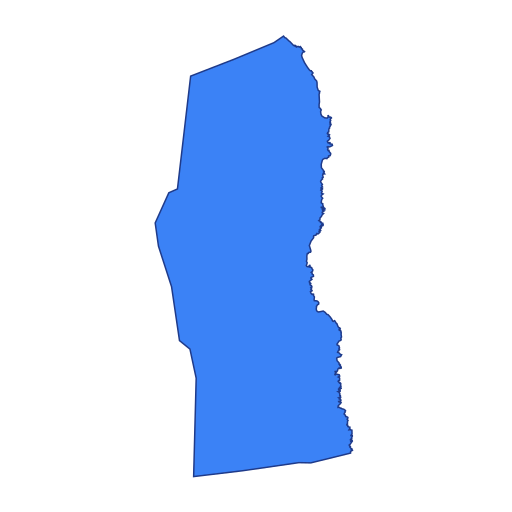 Hamahamet-Mboinkou, Andjazîdja, Comoros, rotated 351°
{"feature_id": "10938185B70444296254874", "entity_name": "Hamahamet-Mboinkou", "entity_type": "district", "adm_level": 2, "iso_a3": "COM", "parent_name": "Comoros", "parent_adm1": "Andjazîdja", "projection": "orthographic", "projection_center": [43.406, -11.482], "detail": "fine", "context": "isolated", "style": "filled", "palette": "blue", "viewbox_px": 512, "rotation_deg": 351, "n_neighbors": 0, "source": "geoboundaries", "source_scale": "gbopen_adm2", "svg_char_len": 6124}
<svg xmlns="http://www.w3.org/2000/svg" viewBox="0 0 512 512"><g transform="rotate(351 256 256)"><path d="M319.2,465.4L318.6,465.3L318.9,463.7L320.7,463.1L320.0,462.2L320.7,461.8L320.3,461.2L319.8,461.0L318.8,459.3L319.4,458.8L318.5,457.8L318.6,457.1L319.4,456.8L322.2,453.9L322.2,453.7L320.9,453.7L321.4,453.0L320.5,452.3L321.0,451.8L321.8,452.0L322.1,451.6L321.8,450.9L323.0,448.9L323.0,448.5L321.7,448.3L321.7,448.0L323.0,446.8L323.5,443.0L322.2,442.5L322.1,442.2L320.7,442.2L321.9,440.6L321.9,439.7L321.2,439.7L320.6,438.9L320.0,438.8L320.1,437.4L319.3,437.1L319.4,436.5L320.1,435.9L320.5,433.7L321.2,432.7L320.5,431.8L320.5,431.4L321.4,430.4L321.5,429.8L320.5,428.9L319.8,428.9L319.4,428.4L319.4,427.3L318.3,425.9L318.6,425.2L319.5,424.4L319.5,423.7L320.2,423.0L320.2,422.6L318.8,421.1L316.9,420.3L316.3,419.6L315.5,419.5L314.7,418.5L313.3,418.4L313.7,416.9L315.4,415.5L316.3,415.1L317.1,414.0L315.0,413.0L314.9,412.6L316.7,412.6L317.2,412.2L316.9,411.7L317.2,411.2L316.0,410.3L316.7,409.8L315.6,409.0L316.9,408.8L316.5,408.5L317.5,407.9L317.5,407.0L316.9,406.7L317.3,404.7L316.9,404.4L316.9,403.8L315.8,402.8L318.0,402.7L318.1,401.5L316.7,401.1L316.7,400.3L317.3,399.9L318.7,400.2L319.4,400.1L319.5,399.8L319.2,399.4L317.8,399.5L317.8,399.1L319.6,397.9L319.3,397.3L319.8,395.2L319.5,394.7L318.9,394.7L319.1,394.2L318.7,393.8L318.2,393.9L317.5,392.6L318.0,392.0L319.1,391.9L319.5,389.8L319.3,389.1L318.3,388.4L319.9,387.7L319.6,386.3L316.6,385.1L316.3,385.1L315.9,385.7L315.4,385.5L316.1,384.2L317.1,383.4L316.0,382.7L316.1,382.4L318.0,382.6L318.5,382.2L319.1,380.7L320.0,379.8L320.4,379.7L320.8,380.1L321.5,379.5L322.1,380.2L322.7,380.0L322.8,379.0L321.7,377.3L322.3,376.9L321.8,376.0L321.2,375.9L321.3,374.6L319.7,372.1L319.7,369.5L320.6,368.9L323.8,368.6L325.1,366.9L324.0,366.4L323.0,364.8L321.5,363.9L322.1,362.8L323.0,362.6L323.1,361.9L323.9,361.6L323.9,361.1L323.5,360.9L323.5,360.3L324.1,359.7L323.8,357.6L323.3,357.1L322.3,356.7L322.2,355.7L324.7,353.0L326.5,352.6L327.0,352.1L327.0,350.2L327.8,349.4L327.8,346.7L328.2,345.1L327.9,344.4L328.2,343.7L327.6,342.2L326.8,342.5L326.5,342.0L326.6,341.5L327.8,340.8L327.4,340.0L326.9,340.0L326.0,338.7L325.3,335.4L324.8,335.1L323.7,332.4L323.4,332.1L322.0,332.7L321.4,332.0L321.1,330.6L319.8,327.9L318.0,325.2L316.7,324.6L315.6,322.6L313.8,320.9L309.1,321.1L308.0,320.5L307.3,319.4L307.2,317.8L307.8,315.8L307.8,315.1L308.3,314.8L309.0,313.8L310.3,313.4L310.7,312.1L310.2,310.9L309.2,309.9L306.6,309.2L306.6,307.9L307.3,305.6L306.6,303.9L306.9,302.8L306.3,302.4L305.4,302.7L304.5,301.5L304.2,299.7L305.9,299.2L306.0,299.0L305.4,297.8L305.0,297.8L305.0,297.5L305.9,296.4L305.3,295.8L306.4,295.2L306.1,293.8L305.5,293.7L304.9,292.9L304.9,292.4L305.8,291.6L305.3,291.0L305.0,291.2L304.7,291.0L304.7,289.4L307.6,287.8L306.7,286.3L307.0,285.8L309.6,285.1L309.7,283.6L308.6,282.6L308.8,281.5L308.0,280.8L309.6,279.7L310.0,278.6L309.3,277.3L309.2,276.3L308.8,275.9L307.2,275.3L307.2,274.8L307.8,274.5L307.8,273.7L307.3,273.6L306.2,274.8L305.7,274.8L304.6,274.3L304.2,273.4L305.5,270.7L305.0,269.1L305.8,267.1L306.2,264.0L306.9,261.9L307.2,261.5L308.0,261.7L308.8,260.7L310.4,260.8L310.9,260.2L311.0,259.1L310.3,254.0L311.9,251.3L312.7,249.9L315.8,246.9L315.9,245.5L316.2,245.0L318.5,244.8L319.0,244.0L319.5,244.0L319.7,243.3L321.1,243.8L323.0,242.3L322.1,241.7L322.3,241.3L323.9,240.7L323.7,240.4L322.7,240.6L322.7,239.9L325.0,238.4L325.0,237.8L324.7,237.5L324.0,237.5L324.0,236.9L324.8,236.8L324.9,236.1L325.2,235.9L325.5,236.8L327.0,236.4L327.3,235.5L327.2,235.1L326.3,235.2L326.1,234.9L326.9,234.1L326.2,233.8L326.0,233.3L325.2,233.2L324.9,232.8L325.3,232.2L323.6,230.9L324.8,230.1L325.2,228.4L326.8,227.2L327.5,226.0L329.3,224.6L328.4,224.2L328.1,223.6L328.3,223.0L330.4,222.1L329.8,221.8L330.0,221.3L329.7,220.9L328.9,221.1L328.8,220.2L329.4,220.0L330.8,220.6L331.6,220.3L331.2,219.4L329.1,219.0L328.0,218.4L328.1,218.0L330.3,218.2L329.9,215.7L330.2,215.0L328.7,213.6L329.7,210.5L330.9,209.4L329.8,207.6L329.7,207.1L330.1,206.3L332.0,205.2L330.5,204.3L330.5,203.8L331.4,202.7L331.4,202.2L330.3,201.1L330.7,200.7L331.6,200.6L332.2,200.2L332.2,199.9L330.9,199.4L330.9,198.8L332.5,198.2L331.8,196.6L332.8,195.7L331.6,193.4L331.5,192.3L332.6,191.1L333.8,190.3L333.6,189.2L334.7,188.7L334.4,186.9L334.9,185.6L336.6,185.6L336.3,185.2L335.5,185.0L336.3,184.3L336.6,183.4L335.9,183.3L336.2,182.4L334.4,179.0L334.8,175.6L336.5,171.8L337.2,171.0L339.2,170.3L341.3,170.9L341.9,170.1L343.3,169.7L343.4,168.5L344.9,168.5L345.7,167.1L345.8,166.3L344.6,164.3L344.6,163.2L343.8,163.2L343.4,162.1L343.9,161.5L343.9,160.4L343.4,159.5L344.2,159.2L345.2,159.7L346.4,159.6L348.8,158.8L348.7,157.5L346.5,156.8L346.3,156.4L346.9,155.8L346.7,155.5L345.4,155.4L345.2,155.7L344.8,155.5L344.4,154.0L344.5,153.7L345.9,153.0L347.5,151.4L347.1,149.4L346.4,149.4L345.8,149.0L347.6,147.8L347.1,147.2L345.9,146.8L345.7,146.4L346.2,146.2L346.0,145.6L346.1,145.2L347.3,144.8L347.8,142.0L348.7,141.2L348.7,140.3L349.6,139.4L349.7,138.8L350.7,138.1L350.5,137.3L349.8,137.1L350.3,136.5L349.9,135.9L350.5,135.4L350.2,134.7L351.0,133.7L350.6,133.1L351.1,132.0L352.1,131.5L352.1,131.1L351.2,130.4L350.3,130.4L349.9,130.0L349.5,128.7L349.1,128.7L348.9,130.1L348.0,130.9L345.5,130.3L342.9,128.0L342.3,125.9L342.4,123.4L343.3,121.9L342.8,121.3L342.8,120.5L341.6,119.2L342.0,116.3L342.8,113.8L343.6,106.1L344.1,105.4L344.0,104.8L344.8,103.7L344.8,103.2L343.6,102.5L343.3,101.8L342.8,98.7L343.4,94.4L343.3,92.7L341.6,90.1L341.2,88.2L339.4,85.5L340.9,84.2L340.9,83.9L340.3,83.4L340.3,82.8L339.6,82.2L339.6,81.7L338.6,81.5L337.8,80.5L336.3,77.6L334.2,72.7L332.6,67.1L332.4,65.0L333.5,62.8L334.5,61.9L335.5,62.0L335.9,61.7L334.2,59.9L334.2,58.8L333.3,58.4L333.3,57.1L332.7,56.8L332.5,56.1L331.4,56.5L330.8,55.7L329.6,55.6L328.8,56.0L328.4,55.7L328.6,55.1L328.0,54.5L327.7,55.0L327.1,54.6L327.1,54.0L326.1,54.0L322.9,49.4L322.3,48.9L319.6,45.3L318.7,45.0L317.6,43.1L307.1,48.1L265.3,58.2L219.6,68.1L188.9,177.5L179.8,179.9L161.6,207.6L161.2,231.0L167.8,273.1L167.2,327.6L176.2,337.6L177.8,367.3L159.9,464.1L209.3,466.0L266.0,466.8L277.8,468.9L319.2,465.4Z" fill="#3b82f6" stroke="#1e3a8a" stroke-width="1.5"/></g></svg>